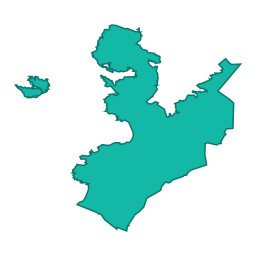 the district of Sola nor, Rogaland, Norway
{"feature_id": "86288312B13640802673877", "entity_name": "Sola nor", "entity_type": "district", "adm_level": 2, "iso_a3": "NOR", "parent_name": "Norway", "parent_adm1": "Rogaland", "projection": "natural_earth1", "projection_center": [5.581, 58.887], "detail": "fine", "context": "isolated", "style": "filled", "palette": "teal", "viewbox_px": 256, "rotation_deg": 0, "n_neighbors": 0, "source": "geoboundaries", "source_scale": "gbopen_adm2", "svg_char_len": 5645}
<svg xmlns="http://www.w3.org/2000/svg" viewBox="0 0 256 256"><path d="M232.9,128.3L233.7,103.3L229.9,99.6L217.8,91.1L240.6,64.1L231.6,64.5L229.0,62.7L225.7,58.7L218.7,64.4L222.9,68.4L221.0,70.4L222.4,70.6L222.3,71.9L218.9,73.3L215.8,73.1L216.5,73.7L210.3,75.5L211.9,77.7L211.5,79.0L210.1,79.2L210.7,79.8L209.6,79.0L209.9,80.0L203.4,82.7L203.8,83.0L198.9,84.0L196.9,85.6L200.5,88.4L203.1,88.5L206.8,90.5L207.1,91.8L205.1,91.1L201.2,92.7L200.2,91.4L197.1,92.0L192.8,91.0L192.4,91.7L193.1,92.7L194.6,92.4L196.8,94.1L197.5,96.0L197.1,96.6L195.5,97.5L194.4,95.3L188.4,95.2L187.5,95.7L185.5,100.2L183.4,100.5L183.3,101.2L179.7,100.4L178.8,101.5L179.0,102.2L174.7,103.5L175.9,105.3L175.5,106.8L176.4,110.3L175.7,110.9L176.0,111.6L179.8,112.5L174.6,113.3L172.2,116.3L170.9,115.9L170.8,114.4L170.2,114.0L170.8,113.7L169.5,113.7L169.2,116.5L166.8,117.0L164.3,109.1L157.1,104.6L158.2,102.8L155.2,101.8L151.7,104.0L148.4,103.7L146.4,101.5L152.5,96.4L153.3,96.6L152.5,96.3L153.0,96.4L153.3,94.8L157.3,89.4L155.9,86.2L157.3,85.4L155.9,85.3L157.1,84.3L157.5,81.9L156.8,81.0L157.6,80.5L158.1,77.4L157.5,76.1L157.8,74.3L156.2,70.8L157.5,66.7L155.1,66.3L155.1,67.0L152.9,67.7L149.6,64.8L148.2,62.2L148.3,60.8L150.6,61.2L149.6,60.2L151.7,60.6L151.7,61.3L152.8,61.1L153.3,62.0L154.3,61.7L155.3,63.3L159.6,62.7L160.6,62.0L159.4,59.4L160.1,57.3L159.4,56.2L156.6,55.6L156.6,54.9L155.0,54.8L154.6,53.4L147.7,52.5L146.8,50.4L143.4,49.7L141.1,48.2L141.4,47.9L140.6,47.4L140.0,45.4L136.4,44.1L137.3,43.6L137.2,42.6L140.5,39.9L141.0,36.0L141.9,35.7L140.6,34.6L140.8,33.5L140.0,32.7L140.5,32.2L139.3,32.4L139.1,28.3L137.5,29.5L138.6,29.8L138.7,31.5L135.8,31.9L127.5,28.5L124.9,28.8L116.1,25.5L112.0,25.0L109.4,26.0L109.9,27.0L108.8,29.9L105.0,29.4L104.1,30.4L103.7,32.9L102.6,33.2L102.0,34.5L102.5,35.5L101.6,36.1L102.8,36.6L103.0,38.0L99.9,37.5L99.4,39.6L98.1,40.7L97.9,43.0L98.9,43.4L98.7,44.9L97.6,44.6L97.9,45.9L96.1,47.2L97.0,48.3L96.4,50.6L91.7,52.8L92.7,53.9L92.2,55.0L93.3,55.6L92.6,56.2L92.8,57.0L94.2,57.4L97.4,60.6L97.7,62.8L99.5,65.2L102.6,67.3L106.5,67.2L107.2,68.3L106.3,68.8L106.5,69.5L110.1,71.4L112.7,72.3L113.3,71.7L112.4,69.9L108.0,68.4L106.3,66.8L103.8,66.8L102.0,64.4L107.5,63.5L108.6,64.5L109.2,62.7L110.6,63.0L110.5,64.2L108.7,66.2L110.5,68.1L117.0,71.5L120.0,71.8L120.9,70.9L122.9,71.7L127.5,70.6L127.8,68.6L127.1,67.7L128.1,68.8L127.9,67.4L129.8,67.1L130.2,68.6L128.7,68.9L132.6,68.5L134.1,70.5L132.1,71.3L136.1,71.0L135.2,74.8L136.6,75.3L136.3,76.9L135.1,77.1L135.4,76.8L135.3,75.2L135.2,76.7L124.6,77.0L122.9,79.7L119.3,79.5L119.2,80.9L117.2,80.8L117.0,82.0L115.9,81.8L115.5,85.4L113.9,85.5L113.1,83.0L112.4,83.0L112.3,81.1L111.8,80.8L112.3,80.6L110.7,80.7L108.3,78.8L107.6,79.2L104.9,76.6L103.6,77.0L101.4,75.3L100.7,75.6L101.5,77.7L104.3,79.2L103.5,79.5L104.0,80.7L107.1,83.1L105.5,84.3L105.0,85.9L107.0,86.7L110.9,86.1L116.0,92.2L115.3,93.0L116.3,92.2L117.5,93.1L115.9,93.1L118.8,93.9L116.8,95.6L115.6,94.6L115.3,95.4L113.8,95.0L114.0,93.9L109.0,94.6L109.6,95.4L109.0,96.3L107.1,97.0L105.8,98.2L106.0,98.9L103.9,99.4L105.1,100.7L104.6,102.6L106.4,102.7L107.1,104.1L106.4,105.7L107.3,107.7L106.3,109.0L107.1,109.1L107.1,110.5L105.4,111.2L106.9,111.5L108.9,113.8L112.4,113.5L115.8,114.8L116.9,116.2L116.5,116.3L116.3,116.7L116.5,116.4L117.0,116.3L116.6,116.9L117.7,117.2L116.9,117.6L117.4,118.5L116.7,119.0L117.5,118.9L116.5,120.1L120.6,119.9L120.7,120.9L121.5,121.1L120.7,121.0L121.6,121.5L124.5,120.0L128.6,122.0L133.0,131.9L133.3,136.0L131.6,140.0L129.4,142.6L126.4,142.2L124.8,143.6L121.1,144.2L119.8,143.7L119.8,142.8L114.5,142.7L109.9,145.2L107.7,145.4L101.8,144.6L100.8,145.9L98.2,146.8L97.9,147.4L98.7,147.9L98.1,148.6L99.1,150.3L97.6,151.7L94.3,152.7L92.4,151.8L92.6,152.6L91.6,152.9L90.8,152.0L92.3,151.5L91.4,150.2L90.7,151.7L89.7,152.0L89.6,152.8L91.2,154.7L90.5,155.2L87.2,156.2L82.6,155.4L79.9,156.8L80.9,159.1L85.6,159.0L86.1,161.1L85.0,162.4L87.1,163.6L83.7,165.4L76.8,164.5L76.7,165.8L75.2,166.9L75.6,167.7L72.8,169.8L72.7,171.4L73.8,172.0L72.3,172.9L75.2,173.4L72.9,175.1L73.9,177.2L73.2,177.8L74.9,178.6L74.7,179.5L77.0,178.9L77.1,180.4L80.0,180.5L80.7,182.0L80.3,182.4L81.1,182.9L81.5,182.1L80.5,181.3L81.4,180.8L82.9,182.0L81.7,182.7L82.2,183.0L84.5,182.6L88.5,183.7L86.7,184.5L88.4,184.9L88.6,188.1L88.0,191.2L84.9,198.6L82.8,201.3L79.6,202.2L77.2,204.6L96.9,212.5L98.8,214.0L100.7,214.1L104.9,219.9L116.8,229.2L117.3,227.3L126.7,231.0L127.5,225.6L128.7,225.9L129.1,223.8L135.0,214.7L139.3,211.5L143.8,207.0L146.8,198.2L160.6,190.3L161.7,186.4L165.9,181.8L168.2,183.0L170.4,182.2L172.5,180.0L183.2,176.4L184.2,174.8L185.4,175.4L186.8,174.9L187.8,172.8L191.0,170.0L206.6,164.9L204.8,154.3L205.2,143.7L207.3,142.7L216.8,144.9L219.9,143.2L221.0,143.7L221.3,143.2L220.7,142.0L224.4,135.6L226.0,134.3L224.3,133.4L226.0,129.0L232.9,128.3ZM32.3,76.5L29.4,76.5L30.9,77.6L30.1,77.9L30.6,78.7L29.0,78.8L27.8,80.1L29.6,80.6L30.6,83.4L31.8,82.1L32.9,83.1L33.4,84.8L32.1,84.9L33.2,86.2L32.0,87.4L33.7,87.6L34.1,86.4L33.7,86.4L34.4,86.0L41.1,88.6L41.1,89.6L37.2,88.2L33.3,88.9L28.0,87.7L27.2,88.5L24.7,87.2L23.4,88.0L20.4,86.4L18.6,87.2L16.8,85.0L15.4,85.1L17.7,87.9L22.5,91.4L22.6,92.7L23.9,93.3L24.4,96.0L27.9,97.8L28.6,97.6L27.6,96.9L28.0,96.7L30.4,97.6L31.0,96.9L31.5,97.6L33.2,97.0L33.2,96.0L33.7,95.9L34.8,97.5L37.0,97.3L37.4,96.5L36.8,95.6L38.3,96.0L41.3,94.0L42.0,91.8L41.0,89.8L42.1,90.4L42.8,93.2L46.5,91.8L47.2,91.0L45.7,90.0L48.6,89.2L47.4,87.4L48.9,86.3L48.6,85.9L49.2,85.6L48.3,84.7L49.2,84.3L46.7,80.7L47.9,79.8L47.2,79.0L45.7,79.2L46.1,79.9L44.2,80.8L41.4,79.3L39.2,79.9L37.9,77.0L35.3,76.5L34.8,76.9L35.6,78.4L35.2,80.1L34.5,79.5L34.6,78.4L32.9,77.9L32.3,76.5Z" fill="#14b8a6" stroke="#0f766e" stroke-width="1.5"/></svg>